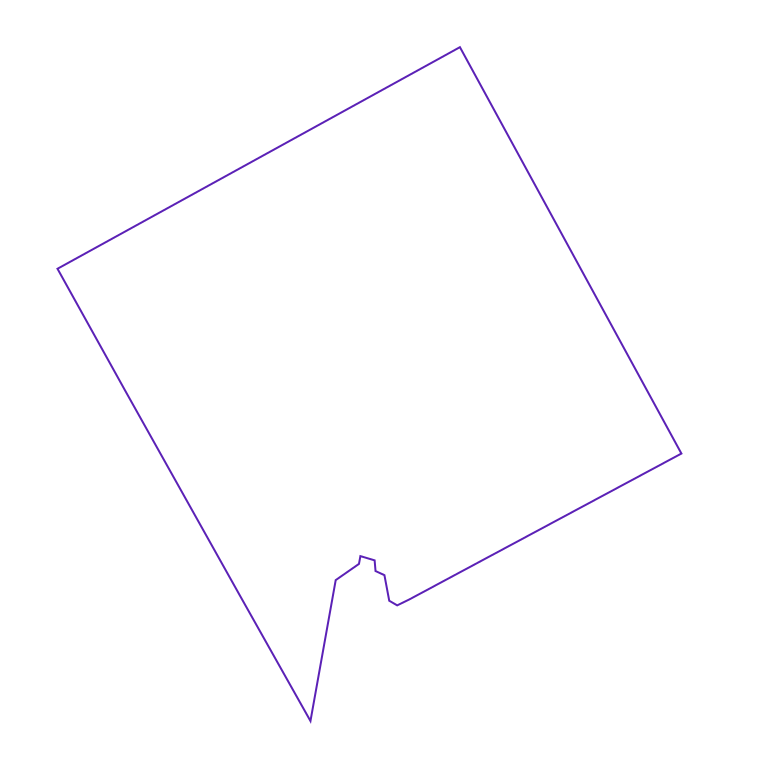 the district of Medina, Texas, United States of America, rotated 151°
{"feature_id": "52423323B50387422534954", "entity_name": "Medina", "entity_type": "district", "adm_level": 2, "iso_a3": "USA", "parent_name": "United States of America", "parent_adm1": "Texas", "projection": "orthographic", "projection_center": [-98.977, 29.391], "detail": "fine", "context": "isolated", "style": "outline", "palette": "violet", "viewbox_px": 768, "rotation_deg": 151, "n_neighbors": 0, "source": "geoboundaries", "source_scale": "gbopen_adm2", "svg_char_len": 358}
<svg xmlns="http://www.w3.org/2000/svg" viewBox="0 0 768 768"><g transform="rotate(151 384 384)"><path d="M613.7,643.1L613.6,504.7L612.6,269.9L611.7,124.9L521.3,235.9L493.1,238.8L488.1,244.9L477.7,234.3L482.1,224.5L476.3,216.6L484.5,191.9L479.8,184.0L466.4,183.3L157.6,179.0L154.3,641.8L613.7,643.1Z" fill="none" stroke="#5b21b6" stroke-width="2"/></g></svg>